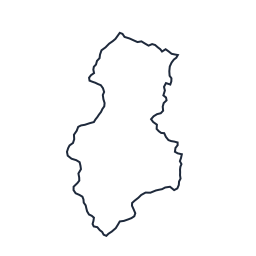 Tocantins, Minas Gerais, Brazil, rotated 247°
{"feature_id": "56859067B54731939628864", "entity_name": "Tocantins", "entity_type": "district", "adm_level": 2, "iso_a3": "BRA", "parent_name": "Brazil", "parent_adm1": "Minas Gerais", "projection": "orthographic", "projection_center": [-43.027, -21.182], "detail": "fine", "context": "isolated", "style": "outline", "palette": "slate", "viewbox_px": 256, "rotation_deg": 247, "n_neighbors": 0, "source": "geoboundaries", "source_scale": "gbopen_adm2", "svg_char_len": 2050}
<svg xmlns="http://www.w3.org/2000/svg" viewBox="0 0 256 256"><g transform="rotate(247 128 128)"><path d="M37.2,65.9L38.3,68.7L39.0,72.6L40.6,77.6L43.0,81.0L45.2,83.9L44.1,87.9L43.8,92.5L43.7,95.9L44.3,99.3L46.7,101.4L51.1,101.4L54.9,101.3L57.4,102.5L58.5,105.7L59.7,110.2L61.2,114.0L61.7,118.9L59.7,123.3L59.6,129.3L59.0,132.6L58.4,135.4L58.7,139.0L57.5,143.7L52.8,146.2L53.1,149.8L55.7,152.5L58.8,154.1L60.9,156.6L64.1,157.4L66.9,158.7L69.5,159.7L71.9,161.1L73.9,163.1L77.2,162.8L79.6,165.0L82.8,167.3L85.2,163.9L87.8,161.9L91.1,163.9L92.8,167.0L95.3,168.0L97.4,165.3L99.1,162.6L101.1,160.5L105.0,159.4L109.1,159.3L110.5,156.6L113.0,155.1L116.0,154.0L119.8,155.9L123.7,153.5L127.1,152.7L128.8,156.2L129.4,160.2L128.8,163.9L130.2,167.1L134.1,168.3L137.0,170.6L138.4,174.3L141.2,174.9L144.2,173.3L148.1,176.6L151.8,177.2L154.5,180.5L151.5,183.9L154.0,186.1L156.8,187.4L159.8,186.7L164.1,188.2L168.3,190.5L171.2,193.7L173.1,197.0L173.8,199.9L175.7,202.4L177.4,199.8L179.3,197.1L182.5,195.4L185.8,193.4L185.1,189.2L187.9,188.5L190.7,186.9L193.8,185.4L195.8,183.0L195.8,179.1L199.0,176.7L202.5,174.2L203.4,170.3L206.2,167.7L209.8,164.4L213.2,160.4L216.8,159.7L218.8,157.6L216.9,154.5L214.9,151.2L213.9,147.9L213.0,143.6L211.0,138.8L209.9,134.0L206.5,130.9L203.4,129.1L201.9,125.7L198.9,123.3L197.7,120.5L195.3,118.9L191.8,118.2L191.1,114.6L189.5,111.8L186.6,111.1L184.4,113.4L182.5,115.5L180.2,117.5L178.0,119.7L174.4,120.5L170.5,120.1L168.2,117.7L164.1,116.6L160.1,116.2L157.2,114.6L155.6,112.0L153.3,109.4L151.6,106.4L150.0,104.0L148.6,101.4L146.8,98.9L147.4,94.6L147.8,89.6L148.7,85.8L148.5,82.6L145.5,79.7L142.9,75.6L138.7,74.1L135.7,71.5L134.8,67.4L132.9,65.1L129.9,62.5L126.1,61.7L121.8,64.0L118.6,67.8L115.4,70.1L111.9,69.5L108.5,68.6L105.5,64.6L101.4,63.7L98.6,62.6L97.1,60.0L95.2,55.0L92.1,53.6L88.4,54.3L85.3,57.2L82.6,59.2L79.7,59.1L76.6,58.1L73.3,58.8L70.6,58.3L67.3,57.8L63.6,58.3L61.4,60.3L58.8,61.6L56.0,59.9L53.5,57.9L50.8,58.0L48.7,61.0L45.0,62.1L42.4,63.6L39.3,63.9L37.2,65.9Z" fill="none" stroke="#1e293b" stroke-width="2"/></g></svg>